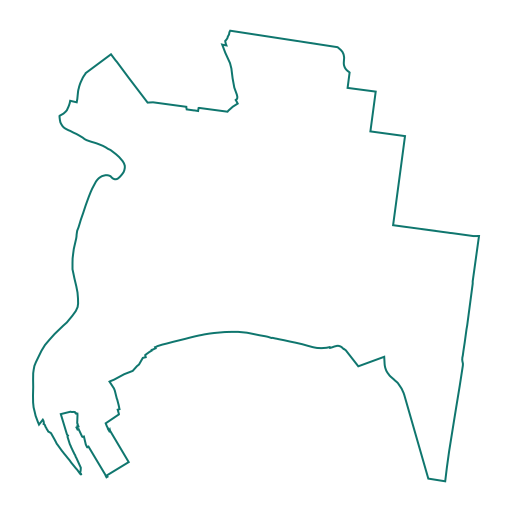 outline of Melbourne, Victoria, Australia
{"feature_id": "25037944B74771981745191", "entity_name": "Melbourne", "entity_type": "district", "adm_level": 2, "iso_a3": "AUS", "parent_name": "Australia", "parent_adm1": "Victoria", "projection": "mercator", "projection_center": [144.943, -37.813], "detail": "fine", "context": "isolated", "style": "outline", "palette": "teal", "viewbox_px": 512, "rotation_deg": 0, "n_neighbors": 0, "source": "geoboundaries", "source_scale": "gbopen_adm2", "svg_char_len": 5784}
<svg xmlns="http://www.w3.org/2000/svg" viewBox="0 0 512 512"><path d="M39.0,424.6L42.8,419.7L43.3,420.5L43.8,422.2L43.8,423.2L43.6,424.0L44.4,424.4L44.9,425.1L45.2,425.8L45.4,426.6L46.4,428.2L46.9,429.4L47.7,430.4L48.2,431.5L50.7,432.9L51.2,433.5L54.4,439.2L56.0,442.2L56.7,443.7L57.8,445.1L61.8,450.7L63.1,452.3L64.0,453.5L65.6,455.4L67.6,457.9L69.6,460.3L71.2,462.6L73.5,465.4L75.6,468.0L77.3,469.9L79.3,472.7L80.5,474.2L80.9,474.4L81.1,474.3L81.0,473.9L80.0,472.7L80.1,472.3L80.3,471.9L80.4,471.6L80.6,470.8L80.7,469.6L80.8,467.7L78.8,463.3L76.3,457.8L76.0,457.4L75.5,456.3L75.3,455.5L75.0,454.9L74.7,454.5L74.4,454.0L74.1,453.3L73.8,452.7L73.4,451.9L73.0,451.1L70.8,446.4L70.7,445.9L69.9,444.4L67.5,436.8L67.6,436.2L68.0,435.6L67.0,434.6L60.8,414.1L70.5,411.7L71.1,411.9L72.0,412.0L72.4,412.0L73.6,411.9L74.9,412.1L75.2,412.8L75.6,413.0L76.0,413.1L76.1,413.6L77.4,413.6L77.5,415.1L77.2,423.1L77.7,424.1L77.5,425.4L77.8,425.4L78.0,425.3L78.5,426.6L77.8,427.0L76.5,427.5L77.5,429.5L77.7,429.4L77.9,429.4L78.6,429.1L82.1,436.6L82.7,436.9L83.9,436.5L85.8,444.5L87.1,447.2L87.2,447.3L87.4,447.3L88.5,446.6L95.9,459.0L106.0,475.9L105.8,476.0L106.5,477.3L107.5,476.7L106.7,475.5L128.7,462.1L110.0,430.6L109.8,429.8L109.2,431.0L108.0,429.0L108.3,428.8L106.9,426.4L105.7,423.3L118.9,414.4L118.9,414.0L117.7,409.7L119.5,409.2L118.6,404.9L117.2,399.5L116.8,398.6L115.0,391.4L114.7,390.3L114.3,389.4L114.1,388.8L113.8,388.2L113.4,387.6L109.5,381.6L110.3,381.2L114.0,379.7L124.2,374.2L132.7,370.9L136.9,366.2L139.0,364.5L142.8,357.9L145.7,357.2L145.2,355.1L146.3,354.2L148.4,352.7L149.2,352.1L150.5,351.3L151.7,350.6L151.6,350.0L152.2,349.7L153.1,349.5L155.0,348.5L155.6,348.3L155.1,347.2L155.8,347.0L157.5,346.1L159.1,345.6L162.3,344.6L166.9,343.5L173.2,341.8L185.1,338.9L189.2,337.8L192.4,337.0L195.7,336.2L198.9,335.5L201.6,335.0L204.4,334.4L209.3,333.6L214.1,333.0L220.9,332.4L224.2,332.1L226.4,332.0L230.6,331.9L236.5,331.9L238.5,331.9L242.8,332.3L246.9,332.7L250.0,333.3L259.7,335.3L265.0,336.2L267.0,336.6L268.5,337.0L270.3,337.6L271.5,338.0L272.0,337.9L272.6,337.9L273.2,338.0L275.4,338.5L276.6,338.7L278.8,339.2L284.0,340.2L289.3,341.4L292.2,342.0L293.7,342.3L295.2,342.6L302.2,344.2L305.7,345.2L307.8,345.8L310.8,346.6L312.2,347.0L314.0,347.4L316.7,347.9L317.8,348.0L320.2,348.1L322.2,348.1L323.4,348.0L326.3,347.8L328.4,347.4L329.7,347.1L330.0,347.9L330.5,347.8L332.2,347.3L334.4,346.5L335.6,346.2L337.2,345.8L338.4,345.9L338.8,345.9L339.4,346.1L340.1,346.3L341.5,347.0L343.6,349.0L343.9,348.9L345.8,350.3L358.3,366.3L384.2,356.8L384.3,358.4L384.5,362.0L384.6,363.9L384.7,364.8L384.8,365.7L385.0,366.6L385.2,367.6L385.5,368.5L385.8,369.4L386.1,370.2L386.5,371.1L387.1,372.1L388.0,373.5L388.7,374.3L389.2,375.1L389.8,375.8L390.5,376.5L394.2,379.7L394.4,380.0L397.0,382.2L397.4,382.6L397.9,383.1L401.0,387.7L401.3,388.2L401.6,388.6L403.7,393.2L403.9,393.9L404.2,394.7L428.3,478.6L445.2,481.3L446.9,467.3L449.1,451.4L454.1,420.2L456.2,407.3L459.7,386.0L461.8,372.4L462.8,365.9L462.9,364.9L462.9,364.0L462.9,363.5L462.7,362.6L462.4,361.2L462.3,360.4L462.2,359.4L462.3,359.0L462.3,357.9L462.8,355.5L463.4,351.1L464.7,342.5L466.5,329.3L467.2,325.3L472.7,283.7L472.7,281.3L479.0,236.0L473.6,236.1L451.9,233.1L450.4,233.0L447.8,232.6L443.2,232.0L441.0,231.7L437.4,231.2L393.1,225.2L401.1,165.5L403.1,150.4L405.0,136.1L370.4,131.4L375.7,91.6L347.6,87.9L349.6,72.5L348.8,71.8L348.4,71.5L347.8,71.1L347.4,70.7L347.0,70.4L346.5,69.9L346.0,69.3L345.6,68.8L345.3,68.3L344.9,67.7L344.6,67.0L344.4,66.4L344.2,65.9L344.0,65.2L343.9,64.5L343.8,63.9L343.8,63.2L343.8,62.5L344.1,58.2L344.1,57.2L343.9,56.2L343.8,55.4L343.7,54.9L343.5,54.4L343.4,53.9L342.9,52.9L342.6,52.2L342.2,51.6L341.6,50.9L341.0,50.2L340.5,49.7L337.6,47.2L232.1,31.0L230.2,30.7L229.6,31.8L229.3,32.8L229.1,34.1L228.9,34.8L228.5,35.3L228.3,35.7L228.0,36.3L227.7,36.9L227.6,37.6L227.2,38.5L226.7,39.2L226.2,39.9L225.5,40.6L225.2,41.0L225.7,43.5L226.4,45.4L223.4,44.9L222.2,44.6L225.3,52.8L230.0,63.1L231.4,68.6L232.0,73.5L232.6,78.3L234.3,87.6L235.6,91.2L236.8,94.5L237.3,96.6L237.3,97.9L237.0,98.9L235.7,100.0L236.4,101.1L237.7,103.6L232.8,106.7L228.4,110.6L227.5,111.7L199.0,107.9L198.6,108.0L198.1,111.0L194.4,110.4L193.8,110.4L186.7,109.4L186.3,107.4L186.3,106.8L153.0,102.3L147.6,102.6L128.7,77.8L116.9,61.9L115.5,60.3L111.0,54.3L85.7,73.1L85.7,73.3L84.6,74.9L83.5,76.5L82.7,77.9L82.1,79.2L81.4,80.7L80.7,82.2L80.1,83.7L79.6,85.2L79.1,86.8L78.8,88.2L78.4,89.6L78.1,91.2L77.8,94.0L77.3,99.0L76.7,102.3L70.2,100.8L69.8,102.7L69.6,103.5L69.0,105.4L68.4,106.9L67.6,108.6L66.9,110.2L65.7,111.6L63.5,113.6L59.6,115.8L59.5,116.5L59.6,117.6L59.9,120.0L60.4,122.4L61.3,124.2L62.5,126.1L63.7,127.4L64.9,128.3L66.3,129.1L68.4,130.2L70.2,130.9L73.4,132.6L76.5,134.0L79.0,135.4L82.7,137.6L84.6,139.1L86.5,140.1L89.3,141.1L91.7,141.9L94.2,142.6L96.7,143.4L99.8,144.6L102.8,145.8L105.8,147.4L107.9,148.8L110.5,150.0L112.6,151.6L116.1,154.3L119.1,157.0L121.0,159.2L122.7,161.2L124.0,163.4L124.8,165.8L124.8,167.9L124.3,170.3L123.5,172.3L121.9,174.5L120.0,176.7L118.1,178.4L116.8,179.1L115.0,179.3L113.4,178.8L111.9,177.7L110.5,176.2L108.8,175.5L107.2,175.2L105.5,175.2L103.9,175.6L102.1,176.1L100.5,177.0L98.7,178.3L97.3,179.8L96.0,181.5L94.6,184.1L92.2,188.6L90.6,192.2L88.9,196.5L87.5,200.3L85.7,205.3L83.1,213.2L80.8,219.8L79.7,223.5L78.5,227.4L77.2,230.7L76.9,232.6L76.6,234.7L76.5,236.4L76.2,238.4L75.7,240.6L73.8,248.9L73.1,254.2L72.6,258.5L72.5,263.0L72.5,269.3L73.3,273.0L74.4,278.3L76.3,286.3L77.5,292.5L78.0,298.6L78.1,303.6L77.6,307.1L75.8,311.0L72.4,315.7L66.8,322.5L63.2,325.7L54.6,334.0L49.3,339.9L45.0,345.0L41.5,350.7L39.1,355.6L35.9,362.2L34.4,365.9L33.7,369.6L33.2,373.2L33.1,379.5L33.2,387.1L33.0,395.5L33.1,402.5L33.6,407.4L34.6,411.5L35.6,415.8L37.9,422.0L39.0,424.6Z" fill="none" stroke="#0f766e" stroke-width="2"/></svg>